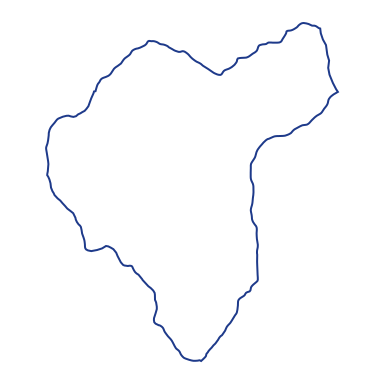 Dragteng, Tongsa, Bhutan
{"feature_id": "84629894B32701898541772", "entity_name": "Dragteng", "entity_type": "district", "adm_level": 2, "iso_a3": "BTN", "parent_name": "Bhutan", "parent_adm1": "Tongsa", "projection": "equal_earth", "projection_center": [90.534, 27.427], "detail": "fine", "context": "isolated", "style": "outline", "palette": "blue", "viewbox_px": 384, "rotation_deg": 0, "n_neighbors": 0, "source": "geoboundaries", "source_scale": "gbopen_adm2", "svg_char_len": 5859}
<svg xmlns="http://www.w3.org/2000/svg" viewBox="0 0 384 384"><path d="M320.2,28.5L318.8,28.1L316.7,26.6L315.6,26.0L314.5,25.7L313.2,25.7L312.0,25.6L310.9,25.1L308.6,24.0L306.3,23.4L305.0,23.2L303.8,23.0L302.6,23.1L301.5,23.4L300.4,24.0L299.3,24.8L298.4,25.6L297.5,26.7L296.6,27.5L294.4,28.9L293.3,29.5L292.2,30.0L291.0,30.4L289.8,30.6L288.5,30.7L287.3,30.9L286.5,31.5L286.2,33.0L285.6,34.3L284.2,36.6L282.7,38.9L281.3,41.4L280.3,42.1L279.2,42.5L278.0,42.6L276.8,42.7L273.1,42.7L270.7,42.5L269.5,42.5L268.3,42.6L266.1,44.0L265.0,44.2L263.7,44.3L262.5,44.4L260.1,45.0L259.0,45.6L258.3,46.7L257.4,49.5L256.8,50.7L255.9,51.6L254.9,52.4L252.7,53.7L249.6,56.0L248.5,56.7L247.4,57.2L246.2,57.6L245.0,57.7L241.2,57.9L240.0,58.0L238.9,58.2L237.8,58.5L237.2,59.6L236.9,61.2L236.3,62.5L235.5,63.5L234.7,64.6L233.7,65.5L232.7,66.3L231.7,67.1L229.5,68.4L228.4,68.9L226.1,69.7L224.9,70.2L223.9,70.9L223.0,72.0L222.3,73.2L221.5,74.3L220.5,74.9L219.4,74.9L218.2,74.7L216.9,74.3L214.6,73.3L213.5,72.7L208.3,69.1L204.0,66.4L202.9,65.7L201.0,64.0L199.9,63.3L198.8,62.7L196.6,61.7L195.5,61.0L194.5,60.3L192.4,58.7L190.5,56.9L188.8,54.9L187.9,54.0L186.9,53.2L185.8,52.4L184.7,51.7L183.6,51.3L182.4,51.2L180.0,51.9L178.8,51.9L177.7,51.6L176.5,51.2L175.3,50.8L174.2,50.3L172.0,49.0L169.8,47.8L168.7,47.2L167.8,46.3L166.7,45.7L165.5,45.2L164.4,44.8L163.2,44.5L160.8,44.2L159.6,43.8L157.5,42.4L156.4,41.9L155.2,41.5L154.0,41.2L152.8,41.1L151.6,41.2L149.1,40.9L148.1,41.3L147.3,42.3L146.6,43.6L145.7,44.6L144.7,45.4L142.5,46.5L140.2,47.6L137.9,48.4L136.7,48.6L135.6,48.9L134.4,49.4L133.3,50.0L132.3,50.7L131.5,51.8L130.8,53.0L130.1,54.2L129.2,55.1L128.2,55.9L126.1,57.4L125.0,58.2L124.1,59.1L123.3,60.1L121.0,63.5L117.9,65.8L115.8,67.2L114.8,68.0L113.9,68.9L110.9,73.5L110.0,74.5L109.1,75.3L108.0,76.0L105.7,77.0L103.4,77.8L102.3,78.3L101.2,79.1L100.4,80.1L99.8,81.3L99.1,82.5L98.2,83.5L97.5,84.7L97.0,86.0L96.6,87.3L96.2,88.7L95.8,90.1L95.5,91.2L94.0,91.5L93.5,93.3L91.3,98.2L89.9,102.0L88.4,106.2L86.4,108.9L84.6,110.9L82.3,112.1L80.4,113.3L78.2,114.3L76.0,116.2L73.4,116.9L70.8,116.4L68.7,115.7L66.5,115.8L62.9,116.7L58.3,118.6L57.0,119.6L55.8,121.1L54.7,122.6L52.3,125.4L50.8,127.3L49.6,129.8L48.8,132.9L48.7,135.4L48.1,140.3L47.5,143.4L46.3,146.9L46.1,148.0L46.2,149.4L46.8,152.9L48.1,161.1L48.4,164.1L47.8,171.3L47.3,173.9L47.2,175.2L48.2,176.7L49.4,179.4L50.5,183.3L51.0,187.6L52.5,191.3L53.6,193.0L54.6,195.2L55.5,196.1L57.6,198.4L60.3,200.6L62.4,203.1L65.0,205.9L67.3,208.6L70.6,211.1L73.2,213.2L74.8,216.5L75.4,217.7L75.8,219.6L76.9,222.0L78.6,224.4L80.0,225.6L80.9,227.0L81.6,230.2L82.1,233.5L82.7,235.2L83.5,237.4L84.3,240.0L84.6,241.7L84.9,244.3L85.0,247.0L85.4,248.5L86.2,249.5L87.9,250.4L91.3,251.1L97.1,250.0L102.1,248.4L106.0,246.0L108.3,246.4L110.9,247.7L113.4,249.2L116.2,252.7L117.6,256.1L120.4,261.5L120.9,262.4L123.1,264.9L124.4,265.5L127.9,266.0L129.6,265.7L130.8,265.8L131.7,266.1L132.3,266.8L133.1,268.6L134.0,270.4L135.2,272.2L136.6,273.5L138.5,274.7L142.1,279.1L142.6,280.0L148.3,286.2L150.8,288.1L153.2,290.5L154.6,292.8L154.9,294.7L155.0,299.8L156.1,302.4L156.8,306.7L156.8,309.1L155.5,313.6L154.0,318.2L153.9,320.2L154.3,322.3L155.6,323.7L157.9,324.8L158.6,325.2L159.5,325.3L160.3,325.7L161.1,326.2L161.9,326.8L162.6,327.5L163.2,328.3L163.6,329.2L164.4,331.2L164.9,332.1L166.1,333.8L167.3,335.4L167.9,336.2L170.6,339.1L171.2,339.9L171.8,340.7L172.8,342.5L174.7,346.2L175.7,347.9L176.3,348.7L177.1,349.3L178.6,350.5L179.3,351.3L179.8,352.1L180.7,354.1L181.2,354.9L181.8,355.7L182.5,356.5L183.2,357.2L183.9,357.8L184.7,358.2L185.6,358.6L189.1,359.8L191.7,360.5L193.5,360.8L195.3,360.8L197.1,360.7L198.0,360.6L198.9,360.4L199.8,360.3L201.1,361.0L202.0,360.2L203.5,358.8L204.9,357.4L205.5,356.7L206.0,355.9L206.2,354.8L206.5,353.8L207.8,352.3L208.3,351.4L208.9,350.6L210.2,349.1L211.6,347.7L213.5,345.3L214.9,344.0L215.7,343.1L217.5,340.6L218.1,339.8L219.1,338.0L219.7,337.2L220.4,336.4L221.1,335.8L221.9,335.3L222.5,334.5L225.1,330.7L226.2,328.1L226.8,326.9L227.6,325.8L228.5,324.8L229.4,323.9L230.3,322.9L231.8,320.6L234.6,316.0L235.4,314.8L236.2,313.8L236.8,312.6L237.1,311.2L237.4,309.8L237.9,305.5L238.0,302.5L238.1,301.1L238.6,299.9L239.5,298.8L240.5,298.0L241.6,297.3L243.7,296.0L244.7,295.1L245.3,293.9L246.1,292.8L247.2,292.2L248.4,291.8L249.6,291.4L250.4,290.4L250.7,289.0L251.0,287.5L251.6,286.4L252.5,285.4L253.4,284.5L256.4,282.0L257.4,281.0L257.8,279.8L257.8,277.6L257.6,274.7L257.2,264.6L257.1,261.8L257.2,256.0L257.2,254.6L257.0,253.1L257.0,251.7L257.1,250.3L257.7,247.4L257.8,246.0L257.8,244.6L256.9,238.9L256.7,236.0L256.6,233.2L256.8,230.2L256.8,228.8L256.6,227.4L256.1,226.2L254.4,224.0L252.9,221.7L252.4,220.4L252.0,219.1L251.8,216.2L251.6,214.8L251.0,211.9L250.8,210.5L250.9,209.1L251.2,207.7L252.0,205.0L252.3,203.6L252.5,202.2L252.9,197.9L253.3,195.0L253.4,193.6L253.5,192.2L253.4,186.4L253.2,185.0L252.8,183.6L251.6,181.1L251.1,179.8L250.8,178.4L250.7,177.0L250.7,172.6L250.8,168.3L250.8,165.4L251.0,164.0L251.4,163.1L251.9,162.2L254.2,158.7L254.9,157.5L255.4,156.2L256.5,152.1L257.1,150.8L257.7,149.6L258.5,148.5L259.3,147.4L260.1,146.4L261.9,144.4L263.6,142.4L264.6,141.5L265.5,140.6L266.5,139.8L267.6,139.1L268.8,138.8L273.3,136.8L274.5,136.4L275.6,136.2L276.8,136.1L280.5,136.0L282.9,135.9L284.1,135.8L285.3,135.6L287.6,134.8L288.8,134.3L289.9,133.7L290.9,133.1L291.8,132.1L292.7,131.0L293.6,130.1L294.6,129.3L295.7,128.7L300.1,126.3L301.2,125.8L302.3,125.3L303.5,125.1L306.0,124.8L307.2,124.5L308.2,123.9L309.2,123.1L310.1,122.1L311.9,120.1L314.7,117.4L315.7,116.6L316.7,115.8L320.0,113.9L321.0,113.2L321.9,112.2L323.4,109.9L324.1,108.8L325.8,106.7L326.6,105.6L327.3,104.4L327.8,103.1L328.4,100.2L328.9,99.0L329.7,97.9L330.5,96.9L331.5,96.0L333.6,94.4L337.9,91.9L336.1,89.2L332.9,83.0L329.5,74.7L328.2,67.9L329.1,60.6L327.3,54.6L326.0,45.1L322.9,39.5L320.8,33.3L320.2,28.5Z" fill="none" stroke="#1e3a8a" stroke-width="2"/></svg>